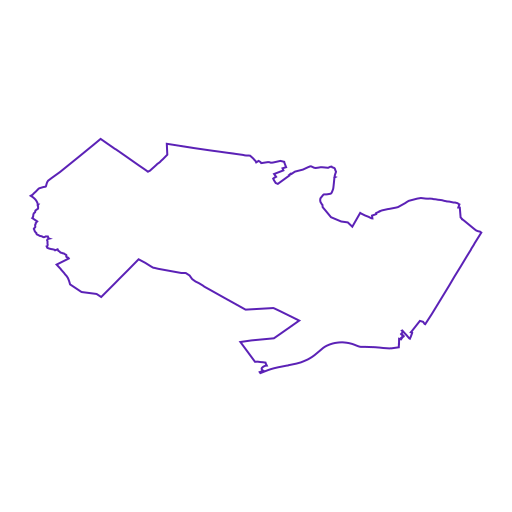 outline of Utrechtse Heuvelrug, Utrecht, Netherlands
{"feature_id": "6326949B53566260910730", "entity_name": "Utrechtse Heuvelrug", "entity_type": "district", "adm_level": 2, "iso_a3": "NLD", "parent_name": "Netherlands", "parent_adm1": "Utrecht", "projection": "robinson", "projection_center": [5.38, 52.029], "detail": "fine", "context": "isolated", "style": "outline", "palette": "violet", "viewbox_px": 512, "rotation_deg": 0, "n_neighbors": 0, "source": "geoboundaries", "source_scale": "gbopen_adm2", "svg_char_len": 5826}
<svg xmlns="http://www.w3.org/2000/svg" viewBox="0 0 512 512"><path d="M398.8,347.3L398.9,344.2L399.0,344.2L399.1,338.8L401.0,339.4L402.1,337.8L401.7,337.6L402.3,337.2L402.6,337.0L403.4,336.7L403.6,336.4L402.7,335.9L403.1,335.5L402.0,334.8L402.2,334.7L401.2,333.9L403.0,331.9L401.9,330.7L402.3,330.5L404.5,333.0L406.2,334.8L408.6,337.6L409.2,338.3L409.9,338.7L410.1,338.2L410.7,336.9L412.1,333.1L412.2,332.5L412.1,332.4L412.3,332.4L411.0,332.2L419.9,320.9L423.1,321.8L424.6,323.9L425.2,324.2L431.7,314.2L449.1,285.7L454.5,276.5L460.8,266.3L466.7,256.5L469.6,251.8L470.8,249.9L471.4,248.6L473.7,245.0L474.6,243.3L481.3,232.6L480.2,231.8L480.0,231.6L478.4,231.3L477.2,230.9L475.9,230.3L473.4,228.3L464.4,220.9L463.1,219.9L462.2,219.4L462.3,219.2L460.6,217.4L459.8,207.6L458.3,207.5L459.4,204.4L458.8,204.1L458.0,203.5L457.0,203.0L456.0,202.8L455.1,202.5L453.4,202.5L450.7,201.9L449.4,201.6L446.6,201.4L446.1,201.2L444.4,200.9L442.0,200.2L438.9,199.8L438.3,199.8L435.7,199.3L433.2,199.1L432.4,198.8L431.1,198.7L429.9,198.6L428.1,198.7L425.8,198.6L420.9,198.0L417.3,198.6L408.9,200.8L407.6,201.5L406.2,202.4L405.4,203.0L398.0,207.1L396.0,207.6L389.3,208.9L387.8,209.1L382.0,210.4L380.6,210.9L380.3,211.1L380.2,211.2L379.7,211.2L379.7,211.4L379.2,211.7L378.2,212.1L376.1,213.1L376.2,214.1L372.0,215.6L372.4,218.4L371.5,218.3L371.0,218.1L368.5,216.8L365.1,215.5L361.3,213.6L360.2,212.9L352.3,226.7L347.8,222.4L341.2,221.5L331.0,217.2L325.4,210.4L322.7,207.2L322.5,205.6L322.4,204.8L321.8,204.2L320.5,202.0L320.3,201.2L320.2,200.2L320.3,198.9L320.6,198.1L323.2,194.9L323.7,194.5L324.1,194.4L324.8,194.4L326.3,194.4L327.2,194.3L330.2,193.8L330.8,193.6L331.3,193.2L331.9,192.2L333.0,189.4L333.2,188.7L333.4,187.4L333.8,183.8L334.3,178.7L334.4,178.0L334.3,177.8L334.5,177.6L334.8,177.3L335.2,177.1L334.6,176.9L334.6,176.3L335.1,174.4L335.9,172.1L336.0,171.7L335.8,171.2L335.4,170.5L335.2,169.7L335.0,169.1L334.6,168.3L334.2,168.0L333.8,167.8L332.2,167.3L331.6,166.6L331.0,166.7L330.2,166.8L328.1,167.8L322.9,167.3L320.9,167.2L320.1,167.3L318.5,167.6L315.6,168.0L314.0,167.7L311.9,166.7L311.0,166.3L310.5,166.3L310.0,166.4L308.9,166.9L308.5,167.0L302.9,169.6L295.0,171.6L293.9,172.3L291.4,174.0L290.9,173.6L290.6,173.8L289.8,174.4L289.5,175.3L289.3,175.3L289.4,175.5L289.1,175.7L277.8,183.9L275.7,183.0L274.0,180.3L273.2,178.6L274.1,177.9L276.1,176.8L274.1,174.0L283.4,170.4L282.5,168.3L286.1,167.2L284.6,163.3L284.4,162.7L284.2,161.8L280.4,160.9L272.7,162.6L270.8,162.7L269.4,162.2L268.0,162.1L265.3,162.5L262.8,162.9L262.4,163.0L261.2,163.1L260.5,162.1L258.6,160.9L256.2,162.4L255.4,160.8L254.4,159.9L253.7,159.0L252.7,158.0L250.1,155.7L248.4,155.5L246.3,155.5L245.0,155.4L242.9,154.9L209.4,150.3L193.5,148.0L166.8,143.8L167.3,154.7L162.9,159.2L161.2,160.7L160.1,161.9L159.4,162.5L157.1,164.1L156.9,164.4L154.4,166.7L151.8,169.0L151.6,169.2L149.8,170.8L148.1,171.5L147.9,171.7L147.4,171.4L147.3,171.2L147.0,171.0L144.3,169.1L138.7,165.3L125.6,156.1L116.1,149.5L114.8,148.8L100.6,138.9L95.7,143.0L79.2,156.5L59.9,172.1L51.8,177.9L48.1,180.7L47.4,181.8L47.1,182.4L46.7,183.5L46.0,186.1L45.8,186.5L45.4,186.7L43.2,187.1L39.2,188.3L38.5,188.8L35.8,191.6L33.9,193.3L32.6,194.7L32.2,195.0L31.0,195.6L30.7,195.8L32.3,196.8L33.6,197.8L34.8,198.9L35.7,199.9L36.7,201.4L37.5,203.1L37.6,203.7L37.7,204.9L38.2,204.8L37.7,205.6L37.9,206.1L38.1,206.7L38.1,208.2L38.0,208.7L37.7,208.9L36.8,209.5L35.5,210.5L35.4,210.7L35.3,210.9L35.3,211.3L35.1,211.9L35.1,212.2L34.7,212.6L33.8,213.3L33.6,213.8L33.3,214.9L33.2,216.2L32.7,217.4L32.8,217.6L32.3,218.1L37.2,221.4L36.8,221.8L36.0,222.9L35.7,223.1L35.7,223.4L35.6,224.1L35.2,224.7L35.1,225.0L35.3,226.6L35.2,227.2L34.0,228.5L33.9,228.7L33.8,228.9L34.2,229.6L34.7,231.1L35.6,232.4L36.3,232.9L36.4,233.7L36.8,234.3L37.2,234.6L38.2,235.0L39.8,235.9L41.8,236.3L42.8,236.9L43.7,237.2L44.4,237.1L45.8,236.4L47.9,236.5L48.1,237.3L48.3,237.8L48.9,238.5L49.2,238.6L48.3,238.8L48.1,239.0L47.5,239.4L47.2,239.9L47.1,240.2L47.1,240.4L47.3,240.7L47.5,241.3L47.5,243.7L47.7,244.8L47.6,245.3L47.2,246.2L47.2,246.4L46.7,246.5L47.0,247.2L47.4,247.9L49.3,248.6L51.3,249.1L52.7,249.3L54.3,249.7L54.9,250.0L55.1,250.3L57.6,249.3L58.2,250.5L58.4,250.9L59.4,251.4L59.7,251.7L60.2,252.3L60.6,252.6L61.3,252.8L61.8,252.8L62.3,253.1L62.7,253.3L63.8,253.4L64.5,254.0L65.7,254.6L66.3,255.0L66.4,255.6L66.2,256.3L66.4,256.8L66.6,257.1L67.3,257.3L68.2,257.8L68.3,257.8L68.7,258.3L68.8,258.5L56.6,264.6L60.8,269.1L60.9,269.4L64.1,273.0L65.1,274.4L66.5,275.9L67.2,276.9L68.0,278.2L68.4,279.2L69.1,281.0L70.1,284.4L80.9,291.6L81.6,292.0L82.2,292.1L96.1,293.9L96.8,294.1L99.4,295.8L101.2,297.0L114.9,283.3L119.2,278.9L127.8,270.3L138.6,259.3L145.2,262.8L151.1,266.5L153.0,267.6L153.5,267.8L154.1,267.8L158.2,268.8L180.2,272.8L181.4,273.0L185.1,273.0L185.9,273.1L189.6,275.5L191.0,277.5L192.2,279.1L193.4,280.0L195.5,281.5L198.8,283.1L202.8,285.5L204.1,286.5L205.1,287.1L210.0,289.8L224.8,298.1L245.5,309.6L246.1,309.6L272.3,308.1L273.1,308.0L274.3,308.4L280.2,311.2L299.2,320.6L280.1,334.0L273.9,338.3L251.5,340.4L240.4,342.0L255.0,361.8L256.7,361.7L257.9,361.7L260.9,362.1L262.6,362.2L265.5,362.6L265.7,363.4L266.8,365.6L265.5,365.7L264.4,366.1L263.0,366.9L262.1,367.7L261.8,368.1L261.7,368.6L261.6,368.8L261.7,369.2L262.1,369.9L262.3,370.2L263.1,370.6L262.6,371.0L259.7,372.1L260.4,373.1L268.3,370.0L271.0,369.1L273.8,368.3L278.1,367.3L287.3,365.5L287.9,365.5L288.5,365.3L288.6,365.2L296.4,363.6L300.8,362.4L303.8,361.2L307.7,359.5L310.0,358.2L312.1,356.9L314.6,355.1L323.2,347.9L324.8,346.8L326.8,345.7L328.0,345.2L328.9,344.8L330.2,344.3L332.7,343.5L334.9,343.0L337.7,342.6L339.7,342.4L342.5,342.3L346.4,342.7L348.9,343.1L352.1,343.9L354.6,344.8L356.3,345.5L358.4,346.3L359.8,346.7L361.1,346.9L365.9,346.9L374.9,347.2L379.8,347.6L383.1,348.0L389.2,348.4L391.7,348.3L398.8,347.3Z" fill="none" stroke="#5b21b6" stroke-width="2"/></svg>